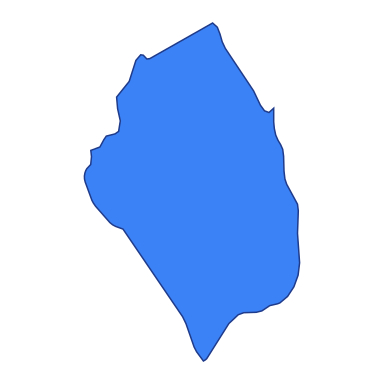 outline of Obock
{"feature_id": "DJI-1570", "entity_name": "Obock", "entity_type": "Region", "adm_level": 1, "iso_a3": "DJI", "parent_name": "Djibouti", "parent_adm1": "", "projection": "equal_earth", "projection_center": [43.052, 12.273], "detail": "fine", "context": "isolated", "style": "filled", "palette": "blue", "viewbox_px": 384, "rotation_deg": 0, "n_neighbors": 0, "source": "natural_earth", "source_scale": "10m", "svg_char_len": 981}
<svg xmlns="http://www.w3.org/2000/svg" viewBox="0 0 384 384"><path d="M146.9,59.0L149.8,58.6L212.6,23.0L217.3,27.2L220.0,34.1L222.2,41.8L225.3,48.4L253.6,90.9L260.4,105.2L264.5,110.8L269.0,112.5L273.7,108.2L273.7,121.9L274.3,128.4L275.7,135.0L278.0,140.3L280.6,144.6L282.7,149.3L283.6,156.2L284.0,171.0L284.9,178.9L286.7,184.3L297.5,204.2L298.3,210.8L297.5,233.4L299.6,262.8L298.1,275.2L293.9,286.8L287.6,296.4L279.9,302.9L277.6,303.8L269.8,305.6L261.9,310.9L256.2,312.3L243.8,312.7L238.3,314.7L228.9,323.5L206.7,358.7L205.2,360.0L203.4,361.0L196.6,351.8L194.1,347.0L186.0,323.7L182.6,316.7L123.0,229.1L115.6,226.4L112.6,224.8L109.9,222.6L95.6,206.3L93.4,203.1L91.9,200.3L85.2,182.0L84.5,179.0L84.4,176.0L84.9,173.1L85.7,170.7L86.8,168.7L90.7,164.5L91.5,156.7L90.8,150.4L99.9,147.0L103.9,139.6L106.3,136.1L115.0,133.9L118.6,131.4L120.3,120.9L117.6,108.7L116.6,97.1L129.2,81.4L135.9,60.4L140.7,54.8L143.3,55.2L146.9,59.0Z" fill="#3b82f6" stroke="#1e3a8a" stroke-width="1.5"/></svg>